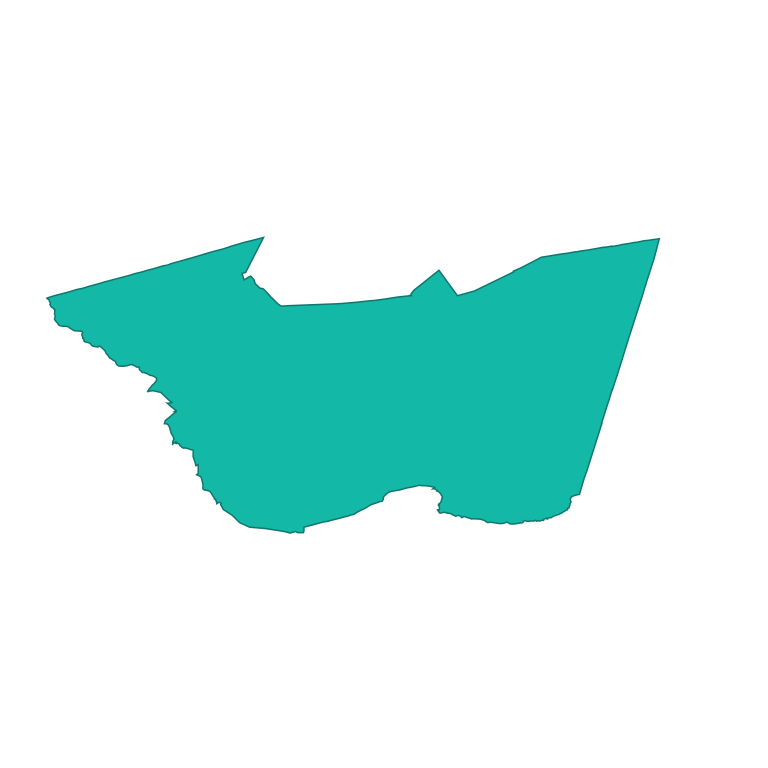 Ngorongoro, Arusha, United Republic of Tanzania (Robinson projection), rotated 75°
{"feature_id": "72390352B42279830137418", "entity_name": "Ngorongoro", "entity_type": "district", "adm_level": 2, "iso_a3": "TZA", "parent_name": "United Republic of Tanzania", "parent_adm1": "Arusha", "projection": "robinson", "projection_center": [35.632, -2.654], "detail": "fine", "context": "isolated", "style": "filled", "palette": "teal", "viewbox_px": 768, "rotation_deg": 75, "n_neighbors": 0, "source": "geoboundaries", "source_scale": "gbopen_adm2", "svg_char_len": 6092}
<svg xmlns="http://www.w3.org/2000/svg" viewBox="0 0 768 768"><g transform="rotate(75 384 384)"><path d="M505.2,505.9L506.7,500.3L505.6,499.5L501.6,498.4L501.6,478.4L502.1,473.6L502.0,470.4L502.2,461.1L502.1,455.6L502.3,453.7L502.0,450.0L501.9,450.0L502.1,447.3L501.9,446.1L500.7,442.5L499.1,434.3L497.2,428.0L496.8,420.6L496.5,419.3L496.8,416.1L495.1,414.4L493.3,414.0L492.1,412.4L490.7,409.8L489.7,406.9L489.6,404.5L490.4,396.4L490.3,389.8L490.9,380.9L490.9,377.1L491.0,376.0L492.0,373.7L493.0,370.3L494.7,366.0L497.0,361.8L497.4,362.0L497.8,363.7L497.9,363.9L498.1,362.7L498.6,362.0L500.4,360.2L500.6,360.2L501.0,360.7L501.5,359.8L502.8,358.7L505.0,357.6L506.3,357.4L507.6,356.9L508.6,356.9L509.1,357.4L512.0,359.1L513.0,359.9L513.6,360.7L513.9,361.7L514.4,361.4L514.7,361.5L514.9,361.9L514.6,362.5L515.0,362.9L516.5,362.3L519.1,362.7L519.6,363.2L519.5,364.1L520.0,363.7L520.1,363.9L520.6,363.9L520.7,364.2L520.5,364.5L522.9,363.7L523.3,363.1L523.4,359.9L524.1,357.5L525.0,356.7L525.5,355.4L525.5,355.0L526.1,353.8L527.4,352.2L527.7,352.0L530.3,348.9L530.1,346.9L530.5,345.7L531.1,344.7L531.6,344.0L532.1,343.7L532.9,343.8L533.1,343.6L533.2,343.2L532.8,341.2L533.1,340.2L534.1,338.9L535.4,336.8L535.7,336.1L536.9,334.7L537.2,333.8L537.2,332.8L539.5,325.9L541.1,323.3L542.4,321.8L544.4,320.2L544.8,319.4L545.0,317.0L548.6,308.8L549.2,306.7L549.5,304.7L549.3,301.6L549.4,301.0L550.0,299.9L551.7,298.6L552.9,294.7L553.3,290.8L553.3,289.6L553.8,286.7L553.9,286.0L553.6,285.5L552.9,284.8L552.3,283.2L552.6,282.6L553.5,281.6L554.1,280.1L554.3,279.1L554.3,277.1L554.8,276.0L554.8,275.4L555.2,274.6L554.8,273.1L555.3,272.4L555.7,272.3L556.1,271.8L555.9,270.9L556.8,268.5L556.4,267.3L556.5,266.6L557.0,265.6L557.0,265.3L556.8,264.9L555.8,264.4L555.9,263.5L555.7,262.1L555.7,261.8L556.2,261.3L556.4,261.6L556.7,261.3L556.6,260.5L556.2,260.4L556.0,260.1L555.8,259.8L555.8,259.0L556.1,258.3L556.4,257.8L556.4,257.1L555.5,254.6L555.2,248.8L554.7,246.6L554.6,245.5L553.9,243.9L553.7,242.5L552.9,240.7L553.0,239.4L552.7,239.1L551.7,239.0L551.4,238.8L551.3,238.5L551.6,237.9L551.5,237.3L549.9,236.5L549.5,235.8L548.0,235.6L546.8,234.2L546.1,233.8L544.1,234.0L543.5,233.9L542.3,232.9L541.3,231.8L541.4,231.1L540.9,228.9L541.2,223.8L527.0,215.1L520.5,210.6L484.5,187.6L478.2,183.6L478.0,183.9L448.2,164.8L448.4,164.7L432.6,154.4L400.9,134.4L365.5,111.5L357.6,106.7L356.6,105.9L352.9,103.7L332.8,90.7L314.9,80.5L314.6,83.7L314.3,85.4L313.7,91.1L312.9,95.9L312.5,104.5L312.1,104.8L311.7,110.8L310.8,118.8L311.0,119.6L310.2,128.2L309.8,128.2L309.1,135.7L308.9,135.7L308.7,137.0L307.3,153.3L306.4,159.9L306.3,162.1L306.0,164.6L305.7,165.3L305.8,166.5L305.5,168.7L305.3,172.0L304.4,178.6L302.3,199.0L302.4,199.6L307.2,221.3L308.5,229.9L309.3,229.8L311.0,238.6L317.6,272.8L317.7,290.2L288.4,301.5L301.2,330.9L304.2,334.8L305.9,334.6L305.2,336.5L305.4,336.5L303.6,347.9L302.1,361.7L300.8,371.8L299.7,377.6L298.1,388.4L295.2,404.5L294.3,408.9L294.0,408.9L294.3,408.9L283.5,456.6L282.6,461.3L282.2,462.8L281.7,463.6L279.7,465.3L276.8,467.2L272.9,469.3L270.8,470.7L266.5,472.8L261.9,475.3L260.7,476.2L259.5,478.5L258.9,479.3L257.8,480.0L253.5,482.5L249.6,482.6L245.3,484.8L245.8,487.8L246.6,489.8L247.2,492.2L240.4,492.5L240.5,488.8L211.3,462.4L211.2,473.4L211.3,475.2L211.2,475.2L211.0,481.9L211.4,497.0L211.6,498.7L211.9,503.9L211.8,515.1L212.4,537.1L212.6,557.5L213.1,562.5L212.7,566.5L213.0,577.6L212.9,582.4L213.1,589.8L212.9,596.5L213.2,600.9L213.1,627.5L213.3,634.3L213.3,644.2L213.6,649.7L213.2,656.2L213.5,664.5L213.4,679.3L213.7,687.1L213.9,687.5L214.4,687.3L215.7,685.8L217.7,685.8L219.3,685.2L219.6,685.3L220.6,686.1L220.9,686.1L223.1,685.6L224.3,684.8L225.1,683.7L225.9,683.4L226.5,683.4L227.2,682.7L230.9,684.1L233.2,684.0L234.2,684.2L234.6,684.5L235.2,685.2L236.7,685.5L238.1,684.8L239.4,684.4L239.8,684.0L241.2,683.3L242.3,683.2L243.3,682.5L243.7,682.1L244.7,680.1L246.5,675.1L247.0,674.2L247.4,673.7L248.3,673.4L252.0,669.8L252.8,668.3L254.5,662.9L255.1,662.0L256.0,661.7L256.5,661.8L257.4,662.8L258.5,663.2L260.3,662.9L261.1,662.9L261.9,663.2L263.4,662.1L264.1,662.4L265.1,662.6L265.7,662.0L266.7,660.6L267.2,659.5L268.3,657.8L268.7,657.4L271.7,655.9L272.1,655.4L273.2,653.2L273.6,652.0L274.1,651.3L274.2,650.5L273.6,649.4L273.7,649.0L274.5,648.3L275.8,647.3L279.7,644.9L282.4,644.5L284.7,643.3L287.8,642.3L289.7,640.4L290.7,639.7L292.5,637.8L293.0,637.5L294.6,637.5L296.2,637.0L297.7,635.9L298.4,634.4L299.3,631.6L299.9,627.7L299.7,626.4L299.8,623.7L300.1,621.8L301.1,621.4L302.0,619.8L303.6,618.6L303.8,618.0L304.2,616.2L304.3,616.0L304.7,615.9L306.0,616.5L306.9,616.5L310.5,614.3L310.7,613.8L310.6,612.8L310.8,612.4L311.8,611.8L312.0,611.5L312.4,610.3L315.0,607.8L315.7,606.3L316.5,605.0L318.7,602.7L319.8,602.2L321.5,602.8L322.5,603.7L324.4,606.5L325.3,608.4L326.6,610.0L327.5,611.5L330.0,614.2L330.4,613.8L330.1,612.8L330.7,608.8L334.4,601.8L343.7,596.1L347.0,593.8L346.7,597.6L346.4,598.3L350.3,595.8L355.9,591.7L356.4,593.3L356.8,592.2L356.9,591.2L357.8,594.3L360.4,599.5L362.7,604.7L365.5,606.4L366.3,604.1L367.7,603.0L370.2,602.3L375.9,602.4L380.7,601.2L382.9,601.2L384.7,602.8L387.4,603.7L386.2,601.0L386.1,599.9L386.5,599.6L387.0,600.4L387.2,600.6L387.5,600.5L387.8,600.0L387.6,599.0L388.3,598.4L388.7,597.8L389.5,597.2L390.6,597.1L391.3,596.4L392.0,595.9L392.8,595.7L393.2,595.2L394.2,594.0L394.2,593.1L395.0,591.0L397.5,587.4L398.2,585.9L398.7,585.4L403.0,586.7L405.0,587.2L411.3,586.7L414.2,586.9L414.1,585.7L413.7,584.4L417.9,585.4L422.4,586.7L423.2,588.5L425.5,585.5L426.2,585.0L426.8,584.9L428.4,584.7L434.7,584.9L436.4,585.4L437.5,585.9L438.4,586.0L439.3,585.6L439.7,585.1L440.2,584.3L440.3,583.6L441.8,581.1L443.0,579.8L445.3,578.8L446.6,578.6L450.8,577.2L451.0,577.4L451.1,577.1L451.5,577.1L451.8,576.9L451.9,576.5L452.5,576.3L453.2,576.6L453.5,576.6L454.7,575.9L455.1,575.9L455.4,576.3L455.6,576.2L456.3,576.5L456.1,575.6L455.7,574.8L455.9,573.0L456.1,572.8L456.5,572.7L457.3,572.1L458.1,573.0L463.6,571.7L471.5,564.6L480.6,559.3L487.5,550.9L492.9,536.1L498.8,522.6L500.9,518.1L503.7,513.2L503.5,507.8L505.2,505.9Z" fill="#14b8a6" stroke="#0f766e" stroke-width="1.5"/></g></svg>